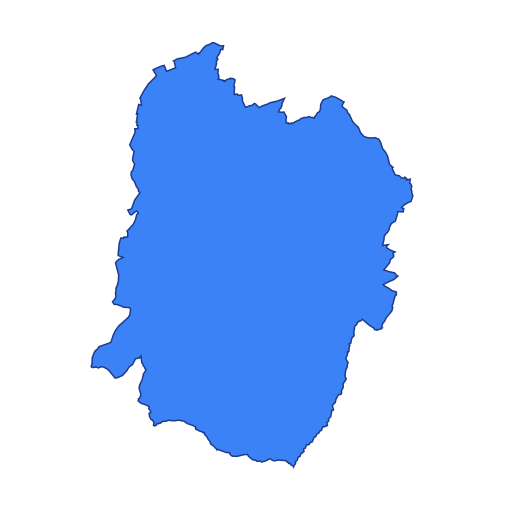 the district of Ciucsangeorgiu, Harghita, Romania, rotated 101°
{"feature_id": "2599482B775489854413", "entity_name": "Ciucsangeorgiu", "entity_type": "district", "adm_level": 2, "iso_a3": "ROU", "parent_name": "Romania", "parent_adm1": "Harghita", "projection": "mercator", "projection_center": [26.04, 46.348], "detail": "fine", "context": "isolated", "style": "filled", "palette": "blue", "viewbox_px": 512, "rotation_deg": 101, "n_neighbors": 0, "source": "geoboundaries", "source_scale": "gbopen_adm2", "svg_char_len": 6099}
<svg xmlns="http://www.w3.org/2000/svg" viewBox="0 0 512 512"><g transform="rotate(101 256 256)"><path d="M98.0,388.0L107.8,394.6L115.8,397.8L123.2,400.1L123.8,399.3L129.9,397.2L129.6,400.1L139.5,400.4L139.0,399.3L147.6,399.0L147.6,398.2L150.5,397.8L150.3,396.9L153.4,396.2L154.3,399.3L157.4,398.2L171.0,401.2L175.1,397.8L176.7,395.6L183.4,395.7L185.8,395.3L188.9,392.7L195.8,393.4L196.9,394.4L200.2,394.2L203.9,392.3L206.5,389.2L209.9,387.2L213.3,384.0L214.9,383.7L216.1,382.0L224.4,385.8L233.5,387.2L235.3,390.6L238.9,387.8L239.4,387.0L239.4,386.0L234.7,382.1L235.3,380.7L236.4,379.7L238.2,381.0L243.9,381.3L248.7,382.7L256.2,387.4L257.7,386.3L261.7,385.6L262.8,389.5L263.8,389.3L264.1,392.1L269.2,392.7L281.4,391.6L282.1,390.4L282.7,386.2L285.5,390.0L287.7,391.8L289.5,392.6L301.5,386.9L303.7,386.9L306.2,386.3L311.6,386.6L314.4,387.4L316.1,386.8L319.0,386.9L323.2,385.6L328.5,388.1L330.5,386.0L330.1,383.2L330.5,381.5L330.7,378.6L331.4,377.4L331.4,374.7L330.8,370.6L332.2,368.9L338.3,368.7L341.1,370.0L350.7,377.3L355.9,379.7L360.5,381.0L368.0,381.9L369.3,383.1L375.0,392.9L377.0,393.4L380.2,396.0L384.7,397.0L385.7,396.8L386.9,397.4L392.5,396.4L395.8,396.7L396.4,396.4L396.7,394.7L395.7,393.5L395.9,392.7L395.4,391.3L396.0,389.6L394.1,386.2L394.1,384.3L395.4,380.4L396.5,378.5L402.7,371.0L402.0,369.0L398.8,364.3L397.9,363.7L393.0,360.8L389.5,359.6L386.0,356.5L380.0,354.7L379.4,354.3L379.5,353.3L378.3,352.0L378.4,350.8L376.1,349.9L382.5,347.8L383.6,346.5L385.4,345.6L386.5,344.0L387.9,343.4L388.4,342.3L389.0,342.2L393.0,343.9L399.4,344.2L405.1,345.7L408.2,345.5L414.0,342.5L417.8,343.1L418.6,344.2L420.3,343.7L420.7,344.0L422.4,341.1L423.2,335.3L424.2,332.1L426.3,332.2L428.2,330.1L429.2,329.5L430.1,329.6L430.6,330.8L431.0,330.9L434.1,329.8L436.7,327.6L436.7,326.4L439.1,324.3L441.7,324.3L441.6,323.8L442.2,323.3L441.1,321.6L439.4,321.2L439.5,320.0L438.8,319.5L438.5,318.1L436.2,316.1L435.4,312.9L433.8,310.5L433.9,308.3L433.1,303.9L431.8,300.4L432.0,297.2L431.8,295.3L433.6,291.5L434.3,285.9L435.5,282.4L437.2,282.4L437.8,281.5L437.7,280.5L438.5,278.7L439.1,273.9L439.4,274.3L440.0,272.5L441.2,272.2L442.8,269.7L445.2,267.9L446.5,266.1L449.3,264.5L450.7,261.1L452.4,259.1L452.9,257.6L453.7,257.5L453.3,255.8L454.6,247.4L454.0,244.6L454.3,244.1L455.1,244.1L456.4,242.5L456.9,241.3L456.9,240.1L456.3,236.4L453.4,230.1L452.4,226.6L454.0,225.1L456.6,220.6L456.6,217.3L457.2,216.4L457.3,215.5L456.5,212.8L457.2,211.2L455.7,208.2L454.2,205.9L452.9,204.7L452.4,203.7L453.7,199.3L452.0,195.1L451.2,187.1L452.3,186.4L452.5,184.9L453.4,184.4L453.1,182.8L454.2,182.1L455.2,179.4L455.9,178.8L454.8,178.8L452.3,177.6L450.1,177.9L448.7,176.6L445.1,176.1L444.5,174.6L441.2,174.1L440.4,172.8L438.8,171.6L436.4,172.5L435.0,170.8L431.8,170.5L431.1,168.1L428.5,167.0L427.9,165.4L422.9,164.3L421.9,162.9L419.4,162.4L417.7,160.5L415.4,159.9L414.8,158.6L410.9,157.9L410.6,156.1L409.8,155.6L409.5,154.4L408.7,153.5L406.1,154.7L404.1,153.1L402.2,153.7L399.5,152.0L393.3,152.1L392.7,150.8L392.1,150.6L389.1,152.2L387.6,152.3L384.7,150.2L381.4,150.2L376.5,148.6L375.7,146.4L374.8,145.8L371.6,146.4L369.3,145.5L368.0,145.4L364.6,146.1L360.0,144.0L358.7,144.4L357.5,145.5L354.5,146.0L350.3,146.1L347.9,145.3L345.1,145.7L343.2,145.2L339.6,148.3L335.3,147.4L332.6,147.9L332.1,147.3L332.4,146.9L331.8,146.6L327.7,147.2L325.7,146.8L325.2,147.7L324.4,147.9L323.4,146.3L320.0,146.4L317.8,146.0L315.5,144.5L310.8,145.7L310.0,145.3L307.7,145.7L305.8,145.5L304.4,144.2L301.8,143.7L301.0,142.6L300.3,142.3L299.5,140.5L297.8,139.5L302.3,131.7L304.3,126.5L305.7,125.6L305.3,123.4L305.7,123.2L303.4,118.9L302.5,118.4L302.5,119.6L302.2,119.0L298.0,118.8L295.9,117.5L291.4,116.2L284.1,112.2L280.5,111.9L279.2,113.0L277.5,112.5L268.9,111.9L267.5,110.8L266.5,111.4L265.6,110.9L264.3,111.9L264.2,115.6L262.3,119.7L260.9,124.1L259.8,125.7L256.0,120.9L252.9,116.3L248.7,112.9L248.3,114.3L246.1,116.7L246.0,122.0L245.3,127.9L237.3,123.6L234.0,123.5L230.7,120.9L229.5,120.8L227.1,122.1L225.5,120.3L224.6,125.3L223.0,129.3L221.3,129.6L219.7,128.5L221.5,133.6L219.8,133.7L215.6,133.5L212.5,133.9L209.6,132.8L207.4,131.3L204.2,130.2L203.3,130.6L199.4,129.7L198.0,129.1L195.2,125.9L187.8,125.1L185.4,125.3L184.6,119.9L181.2,120.0L181.3,121.2L180.6,122.4L177.7,120.4L175.2,117.7L172.8,114.3L166.9,113.5L164.4,115.0L162.0,115.7L160.7,116.7L158.1,116.3L155.8,117.7L155.2,119.1L151.1,119.2L152.7,122.8L151.4,122.7L150.2,124.9L151.2,125.0L151.6,128.1L149.9,130.7L149.9,134.8L145.4,138.1L143.5,139.1L142.8,138.5L140.7,142.3L132.7,146.0L129.3,148.8L126.1,152.5L120.5,155.4L117.9,157.8L117.1,161.7L117.9,164.0L118.6,168.8L118.2,172.4L117.8,173.3L114.9,177.0L110.1,180.1L107.5,184.5L105.0,187.3L99.4,191.2L97.6,193.6L95.3,194.8L94.6,196.9L92.7,200.0L91.6,200.2L87.9,199.0L87.8,200.6L87.0,201.9L85.0,208.0L84.5,212.8L85.5,213.4L87.4,215.9L89.8,219.9L94.7,221.4L99.9,220.8L102.2,221.2L102.9,222.2L104.4,223.3L106.7,224.0L107.8,224.8L109.6,225.0L109.2,226.5L109.5,228.6L108.9,230.5L110.1,231.8L110.5,234.0L111.0,235.3L112.4,238.0L114.4,239.5L114.8,240.6L119.3,246.2L118.7,246.7L120.1,249.2L119.3,249.6L119.5,250.3L119.0,251.3L119.5,251.7L116.9,252.5L113.6,252.6L109.3,256.1L110.0,257.9L110.2,261.4L107.7,260.9L106.2,259.9L103.2,259.2L101.9,259.7L95.8,258.1L99.9,264.7L103.0,271.7L104.7,273.7L107.3,278.2L109.4,280.9L109.6,281.6L106.9,285.3L106.5,286.6L108.9,288.7L109.9,291.3L111.4,293.2L111.3,293.8L111.9,294.9L106.3,298.9L103.2,299.6L100.6,301.0L101.7,304.1L100.6,305.4L101.0,306.8L101.7,307.7L101.1,308.4L94.0,309.3L94.0,310.1L93.2,310.3L88.3,310.0L86.8,310.4L86.2,312.5L86.4,315.0L87.0,314.9L87.3,316.4L88.5,318.6L90.3,319.6L90.7,320.3L90.7,320.8L89.9,320.7L89.6,326.9L88.4,326.4L86.6,326.8L83.8,328.3L80.0,328.7L80.6,331.9L74.6,331.4L74.2,331.8L72.7,332.0L69.9,331.0L69.3,332.6L63.9,330.4L59.8,330.0L59.8,328.0L55.8,328.0L56.6,330.8L54.7,337.9L55.0,339.5L57.7,342.8L59.0,345.2L61.7,347.2L67.7,350.2L67.5,350.7L69.0,351.3L67.4,353.9L67.8,354.8L74.3,363.1L77.6,371.0L80.2,374.1L80.3,373.7L82.0,372.8L86.5,370.8L86.7,371.0L91.8,379.1L86.4,382.4L87.5,384.9L90.7,389.7L92.9,392.6L98.0,388.0Z" fill="#3b82f6" stroke="#1e3a8a" stroke-width="1.5"/></g></svg>